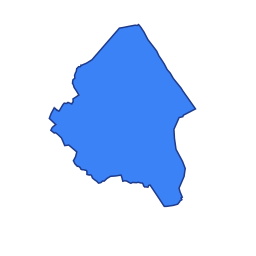 Birnin Magaji-Kiyaw, Zamfara, Nigeria (Equal Earth projection), rotated 330°
{"feature_id": "59680162B42162352171568", "entity_name": "Birnin Magaji-Kiyaw", "entity_type": "district", "adm_level": 2, "iso_a3": "NGA", "parent_name": "Nigeria", "parent_adm1": "Zamfara", "projection": "equal_earth", "projection_center": [6.819, 12.47], "detail": "fine", "context": "isolated", "style": "filled", "palette": "blue", "viewbox_px": 256, "rotation_deg": 330, "n_neighbors": 0, "source": "geoboundaries", "source_scale": "gbopen_adm2", "svg_char_len": 1999}
<svg xmlns="http://www.w3.org/2000/svg" viewBox="0 0 256 256"><g transform="rotate(330 128 128)"><path d="M140.4,215.1L141.1,209.5L142.1,205.6L152.3,198.0L157.3,191.7L158.5,184.3L158.9,170.5L163.0,160.3L167.1,152.1L173.0,147.8L177.5,144.5L181.1,145.6L182.4,144.6L196.0,145.2L194.0,123.3L193.9,119.8L193.7,118.6L193.3,116.1L192.6,111.7L192.1,108.4L192.0,107.4L192.0,101.6L191.1,96.9L191.4,90.9L191.2,86.3L190.8,81.2L191.3,75.8L189.9,65.1L189.5,62.1L189.4,61.3L189.7,54.8L189.8,53.2L189.5,47.7L189.3,46.2L188.9,43.7L187.2,43.8L185.7,42.6L181.0,40.9L180.9,40.9L179.6,40.4L174.2,38.6L170.5,37.2L130.9,50.9L124.3,51.1L118.9,50.4L118.7,50.1L117.7,51.0L117.0,50.9L115.9,50.2L114.0,50.8L113.3,50.9L112.2,52.2L111.5,53.2L110.3,53.8L108.0,55.8L106.9,58.3L104.5,58.7L103.4,59.9L102.8,61.0L102.3,61.3L102.3,62.3L102.1,64.0L101.6,65.9L101.9,70.2L101.9,74.9L94.9,75.3L93.6,78.0L92.8,78.1L91.3,79.1L88.8,75.8L87.0,76.0L85.2,74.6L83.4,75.2L77.2,78.7L76.5,78.8L76.2,78.6L76.1,78.2L76.0,77.6L75.9,77.3L75.6,77.2L75.3,77.2L75.2,77.0L75.1,76.7L75.1,76.1L74.9,75.7L74.8,75.4L74.9,74.8L74.6,74.5L74.2,74.4L74.1,74.1L74.1,73.7L68.7,77.0L64.6,80.4L67.2,88.9L63.8,89.4L62.4,89.8L60.0,91.4L61.6,95.5L62.8,95.7L63.9,98.1L65.4,103.2L65.0,107.0L64.4,111.6L68.2,113.2L71.7,123.1L68.3,126.6L64.3,129.1L64.4,129.5L64.1,132.2L64.9,135.8L65.8,136.3L66.4,137.3L66.8,138.4L66.6,140.0L67.2,141.0L68.7,142.0L69.9,143.2L70.8,144.0L70.6,145.3L69.2,147.7L70.9,149.4L71.7,149.5L72.5,150.3L72.6,151.8L72.2,153.3L73.1,156.0L74.3,158.5L74.9,161.0L76.3,161.5L77.6,161.7L79.3,161.2L80.9,162.1L84.4,161.2L88.7,161.1L93.2,163.3L98.4,165.3L98.0,167.7L96.9,171.5L98.9,172.1L100.5,173.5L101.4,175.2L102.8,177.3L104.7,177.4L108.0,179.6L109.7,180.1L111.6,182.0L112.9,182.9L113.0,184.6L112.6,185.9L113.0,187.5L114.1,187.9L115.0,188.8L115.8,189.2L117.2,188.1L118.6,188.4L119.5,201.9L120.2,214.0L122.1,215.1L128.6,217.7L132.9,218.8L135.6,217.8L136.4,217.2L138.8,217.0L138.9,215.2L140.4,215.1Z" fill="#3b82f6" stroke="#1e3a8a" stroke-width="1.5"/></g></svg>